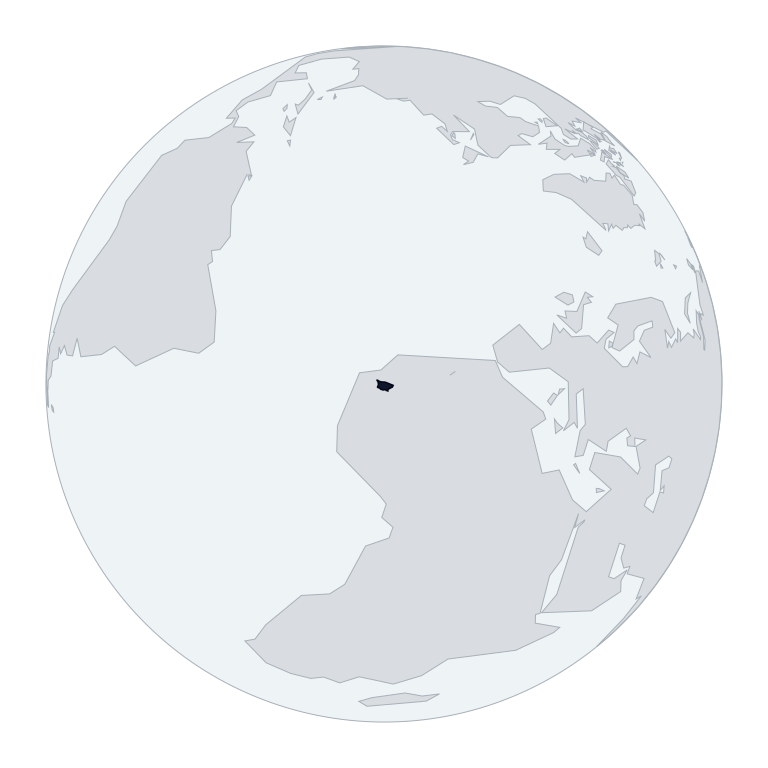 Brakna on an orthographic globe, rotated 59°
{"feature_id": "MRT-2784", "entity_name": "Brakna", "entity_type": "Region", "adm_level": 1, "iso_a3": "MRT", "parent_name": "Mauritania", "parent_adm1": "", "projection": "orthographic", "projection_center": [-13.723, 17.338], "detail": "fine", "context": "on_globe", "style": "filled", "palette": "ink", "viewbox_px": 768, "rotation_deg": 59, "n_neighbors": 0, "source": "natural_earth", "source_scale": "10m", "svg_char_len": 9977}
<svg xmlns="http://www.w3.org/2000/svg" viewBox="0 0 768 768"><g transform="rotate(59 384 384)"><circle cx="384" cy="384" r="338" fill="#eef3f6" stroke="#a8b0b8"/><path d="M170.6,122.0L166.3,125.6L174.5,118.9L184.2,111.5L185.1,110.8L206.0,96.7L228.0,84.3L250.8,73.4L274.4,64.4L298.6,57.1L323.2,51.6L318.8,52.7L281.7,63.4L281.2,66.1L254.6,82.8L261.4,80.7L255.6,87.2L261.3,87.6L254.7,91.6L264.9,88.7L269.8,85.0L276.0,82.8L279.8,83.0L272.1,87.7L269.0,88.3L268.8,89.9L263.3,92.3L268.1,91.3L258.4,97.6L273.6,91.9L270.4,97.6L262.4,101.7L256.1,100.4L221.9,110.2L211.9,115.8L204.0,124.0L204.3,140.3L196.1,147.6L190.3,158.1L198.0,153.9L205.3,144.4L218.2,140.3L225.6,130.3L232.0,127.5L242.5,118.6L248.5,121.2L248.7,129.1L240.3,137.0L240.1,141.1L254.3,135.2L244.6,152.8L248.7,170.2L245.4,175.3L227.7,180.5L212.1,175.1L189.2,185.9L211.7,180.8L203.0,195.1L204.8,198.7L209.7,199.5L216.0,195.1L214.7,200.9L191.9,207.1L192.8,201.9L200.0,199.6L192.6,197.7L177.2,203.8L174.0,211.5L154.2,215.5L151.6,221.5L145.9,226.3L151.3,216.3L141.2,234.9L117.4,248.5L103.3,282.7L108.8,252.9L105.8,246.6L100.7,243.2L98.1,248.6L94.9,239.1L85.8,245.5L73.3,270.3L67.1,292.9L71.6,300.0L77.2,290.3L82.9,292.4L69.8,320.4L78.3,332.8L72.2,355.5L73.5,370.0L80.0,370.8L86.0,380.6L93.4,369.6L104.1,366.6L101.1,385.9L109.4,370.8L113.6,382.4L136.6,390.0L134.1,393.8L153.0,423.2L178.4,439.9L184.3,455.4L180.7,463.2L190.7,467.9L190.9,473.6L234.7,490.4L260.6,508.0L262.2,527.0L245.1,545.8L240.6,587.6L212.9,595.5L213.2,611.0L204.5,629.8L186.7,623.4L199.5,636.5L195.9,640.8L186.5,638.1L191.5,645.6L184.9,643.3L194.1,650.1L193.6,656.2L205.6,665.3L207.9,669.9L216.1,675.2L213.2,673.9L212.8,674.2L216.2,676.5L202.7,668.8L187.2,657.6L183.4,653.6L179.3,651.1L170.1,639.8L169.5,640.9L151.1,619.1L142.8,602.3L119.0,545.4L111.3,531.6L94.6,510.9L73.5,456.8L75.5,439.8L72.5,429.0L82.5,407.3L82.3,380.3L79.4,374.6L75.0,382.2L67.5,359.1L68.3,337.2L63.2,283.1L66.5,271.0L72.7,255.4L102.1,197.6L74.9,247.8L79.9,236.6L91.4,214.9L104.5,194.1L119.0,174.3L134.9,155.6L152.2,138.2L170.6,122.0ZM98.1,293.8L108.3,318.7L98.3,315.9L100.9,313.8L99.2,304.8L94.7,294.6L87.1,293.7L98.1,293.8ZM112.2,279.0L110.0,276.2L112.7,277.6L112.2,279.0ZM184.0,111.6L183.9,111.7L173.3,119.8L175.3,118.2L184.0,111.6ZM238.4,117.9L240.3,118.2L237.4,119.7L238.4,117.9ZM241.1,113.9L236.3,115.4L236.9,113.7L239.9,112.8L241.1,113.9ZM246.9,112.6L238.5,110.7L239.6,108.0L251.8,102.6L246.9,112.6ZM269.7,83.9L264.7,87.7L265.4,84.5L269.7,83.9ZM268.7,82.5L262.1,77.7L271.5,72.8L271.8,75.1L281.1,69.4L288.9,69.3L285.6,72.4L277.9,75.4L286.7,73.2L268.7,82.5ZM278.5,81.7L276.3,80.8L284.3,76.5L290.1,77.4L285.6,78.5L278.5,81.7ZM279.7,68.3L286.6,65.6L294.9,64.7L298.7,63.6L289.9,68.9L279.7,68.3ZM285.8,79.6L292.8,78.1L292.5,80.6L281.1,82.3L285.8,79.6ZM283.9,75.1L288.0,73.2L287.6,74.5L283.9,75.1ZM295.5,89.5L292.7,87.9L296.6,85.4L295.5,89.5ZM295.5,77.5L295.5,76.7L296.8,75.7L301.2,75.4L295.5,77.5ZM296.3,68.2L298.3,68.6L300.4,65.9L306.6,65.6L299.6,69.4L305.3,67.7L307.2,67.6L299.3,70.9L296.3,68.2ZM309.5,72.2L302.7,77.8L307.0,81.0L303.6,83.1L297.3,77.8L309.5,72.2ZM304.2,71.0L306.7,72.2L301.2,74.0L296.2,74.4L304.2,71.0ZM313.4,64.2L305.6,63.7L307.4,62.9L313.4,64.2ZM311.8,72.7L313.4,71.4L312.7,72.7L311.8,72.7ZM314.1,66.2L311.1,66.0L313.2,65.2L314.1,66.2ZM319.0,69.2L316.8,70.9L313.3,71.0L319.0,69.2ZM317.7,67.5L321.3,66.5L313.4,70.1L316.0,67.5L317.7,67.5ZM316.6,65.5L316.9,64.9L317.6,65.7L316.6,65.5ZM333.6,68.2L324.5,72.7L316.7,72.8L326.7,68.3L333.6,68.2ZM228.8,683.3L205.6,670.6L217.0,677.1L216.2,675.5L231.5,683.6L228.8,683.3ZM230.2,679.7L234.4,679.9L238.0,681.6L235.8,682.0L230.2,679.7ZM705.3,279.2L708.2,288.8L714.3,312.6L716.4,323.2L718.6,337.1L708.5,299.8L698.1,272.5L698.1,278.6L684.6,261.2L672.0,273.3L667.0,267.2L665.3,273.3L655.3,270.5L646.3,260.4L641.7,264.2L664.9,290.8L669.4,287.0L668.6,271.3L674.6,282.1L683.8,288.0L685.3,322.9L661.2,366.7L653.4,344.3L606.8,291.3L605.2,283.8L604.8,283.1L603.9,281.8L605.2,294.4L595.3,284.0L626.1,322.4L633.6,340.8L660.9,368.3L659.7,372.9L666.9,377.5L683.1,358.7L684.4,366.6L680.1,408.2L652.7,470.8L653.3,502.1L646.0,530.6L622.2,556.0L617.4,575.9L604.1,586.7L598.7,598.3L584.1,613.0L562.3,628.6L532.6,635.6L536.2,626.0L529.5,609.4L522.7,563.7L535.9,538.8L535.5,520.8L513.4,483.3L518.6,458.9L511.4,450.1L497.2,454.6L488.1,443.9L478.9,444.9L417.7,459.4L395.8,445.4L361.8,399.2L370.4,379.4L366.2,357.1L421.2,276.5L439.3,278.9L490.0,261.9L497.4,263.4L498.5,281.0L542.1,294.5L547.9,278.1L580.5,282.1L597.6,276.4L591.3,243.5L563.1,252.0L551.3,238.6L568.3,218.9L591.9,213.0L588.0,207.8L567.3,200.1L566.8,188.4L559.4,196.9L566.8,201.1L562.4,207.0L555.4,203.6L555.5,199.3L546.7,199.1L548.5,221.4L556.2,228.1L536.8,237.5L547.8,250.0L544.7,257.9L525.0,239.9L522.3,232.2L490.6,215.7L491.6,224.4L521.6,241.0L514.9,240.7L516.5,254.3L509.9,243.8L476.9,224.9L455.4,234.1L438.4,270.5L423.7,275.3L406.7,270.7L402.6,237.3L435.9,230.6L434.9,220.2L419.4,207.4L430.8,206.9L428.6,201.4L440.3,198.8L448.2,183.4L458.7,180.2L453.5,163.7L458.3,160.3L460.0,170.7L466.9,176.8L492.2,170.6L494.6,166.2L489.2,156.5L496.8,156.7L488.3,148.1L498.8,141.5L478.9,143.0L472.0,133.2L473.7,124.3L467.9,121.7L465.0,136.5L467.1,142.4L474.6,146.8L477.1,165.1L470.2,169.8L454.0,152.9L442.5,158.2L435.0,144.1L447.3,110.4L456.8,102.8L489.8,108.3L492.5,114.5L481.9,115.2L499.3,122.5L494.2,118.0L500.6,118.7L495.6,110.8L499.8,111.0L487.7,103.7L492.4,103.1L500.0,107.7L496.6,97.1L504.0,94.8L501.2,92.5L496.0,90.6L508.9,89.8L506.3,88.2L501.0,87.7L492.3,84.4L482.0,78.7L487.0,78.7L491.4,80.7L508.2,85.8L519.2,92.1L520.2,91.7L511.9,86.2L491.4,80.0L483.7,76.6L493.2,78.7L489.1,77.6L486.9,76.1L489.4,74.8L478.9,72.4L447.5,58.7L449.2,56.1L461.2,58.7L444.6,52.6L447.8,52.3L442.9,51.5L431.7,49.5L430.6,49.4L427.4,49.0L412.1,47.3L436.7,50.2L461.0,55.0L484.9,61.5L508.2,69.7L530.9,79.7L552.8,91.2L573.7,104.4L593.7,119.0L612.5,135.1L630.1,152.5L646.4,171.1L661.3,190.9L674.7,211.7L686.5,233.4L696.7,256.0L705.3,279.2ZM410.0,316.3L410.4,323.1L410.0,316.3ZM622.4,223.6L632.9,219.5L618.6,203.1L621.4,200.5L615.5,196.3L617.5,202.0L601.5,190.3L602.6,182.8L596.4,175.8L592.5,177.0L593.2,192.9L616.0,209.1L617.7,217.9L622.4,223.6ZM137.5,390.0L139.9,394.7L135.9,393.5L137.5,390.0ZM94.7,323.0L97.9,325.3L98.8,329.2L95.9,328.8L94.7,323.0ZM126.8,338.5L131.5,342.2L125.7,341.6L126.8,338.5ZM110.3,322.2L123.0,336.3L111.8,337.8L104.2,329.2L110.7,330.4L110.3,322.2ZM106.2,289.0L107.7,291.5L105.8,294.6L106.2,289.0ZM114.1,280.1L113.2,280.0L113.3,276.6L114.1,280.1ZM204.4,194.7L206.1,194.4L210.2,196.4L206.3,197.9L204.4,194.7ZM239.9,193.4L236.9,202.9L236.4,196.7L230.4,199.9L221.9,191.8L243.2,177.4L235.1,185.0L239.9,193.4ZM216.4,178.3L219.4,184.2L215.2,178.4L216.4,178.3ZM404.7,176.6L411.5,179.0L411.1,185.7L397.6,192.6L398.0,182.6L404.7,176.6ZM421.2,181.3L408.8,164.1L416.7,160.1L414.4,165.1L420.8,164.1L418.8,172.1L438.3,186.1L439.3,193.1L413.9,200.2L421.7,193.6L414.6,191.2L421.2,181.3ZM363.5,136.2L358.3,131.1L382.1,128.5L384.3,133.7L371.0,140.1L360.7,137.8L363.5,136.2ZM270.1,104.5L266.6,104.5L268.7,102.9L273.4,101.7L270.1,104.5ZM293.9,89.0L287.8,103.9L283.4,104.3L285.1,113.8L274.3,118.9L273.5,112.4L266.5,124.0L261.5,120.2L258.0,128.3L257.5,113.2L252.7,111.1L262.1,111.3L272.2,106.5L275.2,103.8L279.9,94.9L274.6,88.9L283.8,84.0L291.6,82.2L294.3,82.9L287.5,85.6L296.0,84.6L288.2,89.2L293.9,89.0ZM378.7,76.7L369.7,77.4L385.4,80.4L377.7,83.2L380.0,83.4L377.1,87.2L377.7,92.3L373.2,93.2L375.4,94.9L373.5,97.8L375.0,100.6L367.4,103.5L368.6,107.4L364.3,106.6L368.4,112.6L362.0,109.6L359.0,113.7L366.8,114.5L322.3,128.1L308.6,137.8L300.6,148.0L290.7,142.7L291.8,130.3L299.4,116.5L314.0,108.6L306.8,108.1L311.7,104.4L315.3,106.3L312.7,101.3L317.7,99.0L324.4,89.5L317.5,84.9L319.8,81.8L325.0,82.5L323.6,79.0L335.0,78.4L336.9,76.3L350.0,74.1L358.9,77.4L360.4,74.9L370.4,73.8L378.7,76.7ZM337.4,67.6L349.8,69.8L351.7,72.7L328.1,75.4L324.8,77.4L309.8,80.2L307.4,76.2L311.9,75.6L315.7,74.2L315.0,76.0L318.4,73.6L324.8,72.9L329.2,71.0L332.1,72.1L337.4,67.6ZM501.8,255.9L506.7,255.6L513.7,253.4L514.8,262.4L501.8,255.9ZM479.1,243.2L483.1,241.3L488.0,251.9L482.8,252.6L479.1,243.2ZM481.0,231.7L482.9,240.3L478.8,236.1L481.0,231.7ZM463.2,168.8L466.9,166.7L468.9,168.8L468.8,172.7L463.2,168.8ZM423.5,89.7L418.1,88.7L418.1,87.6L408.8,83.2L413.8,81.2L421.4,83.2L423.5,89.7ZM589.0,250.3L586.5,257.8L582.8,255.8L584.4,253.5L589.0,250.3ZM550.8,260.7L561.5,262.3L550.9,263.1L550.8,260.7ZM427.4,86.8L423.0,85.1L428.2,85.2L427.4,86.8ZM417.0,79.7L422.4,79.4L413.3,80.5L417.0,79.7ZM677.6,511.0L651.5,564.5L643.1,569.0L646.6,556.0L659.7,525.1L671.2,511.9L678.2,496.1L677.6,511.0ZM463.6,74.1L471.0,81.8L479.6,87.4L489.7,90.2L478.7,90.2L465.4,81.4L463.6,74.1ZM449.0,60.3L440.2,58.9L441.8,58.1L444.0,58.3L449.0,60.3ZM445.3,60.4L438.8,61.7L432.4,60.0L438.8,59.3L445.3,60.4ZM433.6,72.5L435.4,74.7L431.1,74.4L433.6,72.5ZM427.0,49.1L422.5,48.6L421.6,48.3L427.0,49.1ZM409.6,47.4L413.8,48.0L407.3,47.3L409.6,47.4ZM423.5,49.7L414.5,48.2L426.1,49.7L423.5,49.7Z" fill="#d9dde1" stroke="#a8b0b8" stroke-width="1"/><path d="M377.3,388.1L377.2,388.1L377.1,387.9L377.7,387.4L378.5,387.0L378.9,386.8L379.1,386.7L379.3,386.5L380.6,385.5L382.7,382.4L383.9,381.3L385.5,380.1L389.9,376.8L391.0,378.5L390.8,380.1L390.7,381.1L390.8,381.1L390.6,383.1L391.4,383.9L392.0,384.3L391.9,384.4L391.8,384.5L391.7,384.6L391.3,384.7L391.2,384.8L390.9,385.0L390.8,385.3L390.6,385.3L390.4,385.4L390.4,385.5L390.2,385.5L389.9,385.6L389.6,385.7L389.2,386.2L389.1,386.3L389.1,386.6L389.1,386.8L389.1,387.0L388.8,387.4L388.7,387.7L388.6,388.0L388.0,388.4L387.5,388.5L387.2,388.8L387.2,389.3L384.8,390.1L384.5,390.2L384.4,390.4L384.4,390.7L384.3,390.8L384.1,390.9L383.9,390.8L383.7,391.0L383.4,391.2L383.2,391.0L383.2,390.8L383.1,390.7L382.7,390.6L382.6,390.4L382.6,390.2L382.6,389.9L382.4,389.8L382.2,389.7L381.7,389.2L381.4,388.9L381.2,388.7L380.9,388.7L380.8,388.4L380.6,388.4L380.6,388.2L380.1,388.0L379.8,388.1L379.7,388.1L379.4,388.1L379.1,388.2L378.9,388.2L378.7,388.1L378.4,388.1L377.4,388.1L377.3,388.1Z" fill="#0f172a" stroke="#020617" stroke-width="1.5"/></g></svg>